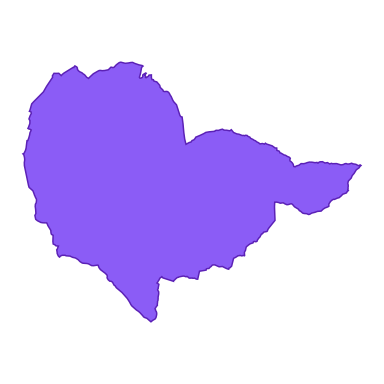 the district of Campani, Bihor, Romania
{"feature_id": "2599482B94404645511212", "entity_name": "Campani", "entity_type": "district", "adm_level": 2, "iso_a3": "ROU", "parent_name": "Romania", "parent_adm1": "Bihor", "projection": "albers", "projection_center": [22.559, 46.517], "detail": "fine", "context": "isolated", "style": "filled", "palette": "violet", "viewbox_px": 384, "rotation_deg": 0, "n_neighbors": 0, "source": "geoboundaries", "source_scale": "gbopen_adm2", "svg_char_len": 5908}
<svg xmlns="http://www.w3.org/2000/svg" viewBox="0 0 384 384"><path d="M150.9,321.8L151.5,321.5L152.3,320.6L155.2,318.9L156.0,317.5L156.5,315.5L156.7,314.2L156.7,313.0L156.3,311.5L155.6,310.6L155.6,309.9L155.0,308.8L155.2,308.2L155.6,307.9L156.2,306.8L157.4,305.3L157.3,304.2L157.5,302.7L157.5,301.4L157.9,300.7L158.1,298.9L158.1,297.1L158.7,294.0L158.7,291.8L157.6,289.9L157.6,289.6L158.2,288.5L158.2,287.8L158.9,284.3L157.0,283.0L157.7,282.1L158.4,280.8L158.8,280.4L159.8,278.3L160.7,277.5L161.2,277.3L161.8,276.7L162.9,277.9L173.5,281.3L173.5,280.8L174.7,279.9L175.5,279.0L177.3,277.5L178.4,277.3L179.1,276.9L182.9,276.1L184.0,276.1L186.1,276.8L186.8,276.4L187.3,276.5L188.9,277.9L189.5,278.1L190.1,278.2L190.8,278.0L191.5,278.1L192.2,278.0L192.9,278.3L194.4,278.1L196.4,279.1L197.7,279.2L199.5,271.2L205.1,270.3L206.2,270.0L206.2,269.2L206.5,268.9L207.1,268.6L208.9,268.5L210.3,267.0L211.1,266.5L212.2,265.2L213.0,264.9L214.9,264.9L219.1,266.8L222.4,266.5L226.0,268.3L227.7,269.0L228.7,269.2L228.8,268.3L229.9,267.8L231.6,266.2L233.6,258.3L235.7,257.3L238.1,255.7L239.1,255.7L239.9,255.4L241.9,255.9L243.3,255.4L244.3,255.8L244.6,255.6L244.4,252.9L244.5,252.1L245.5,250.3L246.0,247.8L246.3,246.9L247.6,245.7L248.0,245.5L248.5,244.9L249.1,244.6L250.2,243.8L253.0,242.9L253.5,241.7L254.2,241.4L255.4,241.7L256.0,241.7L257.0,241.3L257.6,239.7L258.6,238.5L258.8,238.0L259.6,237.4L260.2,236.5L260.4,236.0L261.5,234.0L262.4,233.8L263.2,232.8L263.3,232.5L263.8,232.1L266.8,231.5L267.4,231.0L267.8,229.6L268.2,229.0L268.6,228.5L268.7,228.2L275.0,220.4L274.5,206.9L274.7,202.2L276.6,202.1L278.9,202.6L280.2,203.2L283.2,202.8L285.0,203.9L286.9,204.7L288.1,204.6L291.2,203.7L292.4,204.3L294.5,206.8L298.3,209.1L299.5,210.8L300.3,211.0L302.1,212.6L302.9,213.2L304.2,213.5L306.7,213.7L308.6,214.5L309.7,214.3L311.7,213.1L315.0,212.3L317.4,211.4L321.1,211.1L323.1,209.2L324.9,208.0L327.8,206.9L328.9,206.2L328.8,204.6L329.1,203.5L330.0,202.4L330.2,201.8L331.8,200.3L333.4,199.3L334.5,199.4L337.4,198.1L339.1,197.7L341.0,196.1L342.8,194.2L346.3,193.0L346.7,192.6L346.9,192.0L347.5,191.2L348.0,190.9L348.4,190.3L347.8,189.7L348.1,188.5L348.0,187.6L348.2,186.6L348.2,185.0L347.8,183.3L348.4,181.0L351.2,178.1L352.2,175.6L354.1,173.4L356.3,169.8L359.1,167.8L360.0,166.4L361.0,165.5L360.1,164.9L359.1,165.5L358.3,165.6L355.9,164.3L352.8,163.8L351.7,163.2L349.1,164.0L347.3,164.0L346.0,163.5L344.4,163.9L343.4,164.5L341.0,164.9L336.6,163.6L332.4,163.7L331.5,163.3L329.6,163.9L327.5,162.6L325.0,163.0L322.5,161.7L320.1,161.8L319.2,162.1L318.2,163.0L317.5,163.0L317.0,162.4L315.1,162.7L312.2,162.2L309.4,162.1L307.3,162.6L305.1,163.4L303.5,163.7L301.1,163.6L299.0,165.2L296.3,166.0L295.1,166.8L293.8,166.5L293.1,164.1L292.2,162.8L290.9,161.5L290.0,160.9L289.8,160.0L290.3,158.3L289.4,157.3L286.9,156.2L285.6,155.3L284.2,155.0L280.8,153.0L280.0,152.9L279.3,151.3L278.8,151.0L276.9,150.4L276.7,148.0L275.2,148.0L272.1,145.8L266.5,144.0L265.4,143.2L264.5,144.1L262.4,143.5L260.0,143.9L258.5,142.7L256.8,141.9L255.5,140.8L254.0,140.2L252.9,139.4L250.6,138.3L249.8,137.1L248.2,136.5L247.0,135.4L245.4,135.3L244.7,135.7L243.5,135.4L242.8,135.5L242.0,135.4L239.0,134.2L236.8,133.9L233.6,132.5L231.3,129.7L229.8,130.8L226.5,130.2L224.7,130.2L223.6,129.9L222.5,129.2L221.0,129.5L218.4,130.4L216.3,130.3L215.3,130.6L214.7,131.3L209.3,131.8L205.8,132.4L204.0,133.5L200.0,135.4L195.7,137.2L195.2,138.3L193.8,139.9L192.1,140.5L190.9,142.1L189.2,142.5L186.0,144.3L184.7,139.1L183.8,132.5L183.0,123.7L182.1,117.0L181.1,116.8L180.4,116.1L179.9,115.4L176.5,104.8L173.7,101.7L172.8,100.2L171.2,96.6L169.8,94.4L169.4,93.4L168.4,92.2L167.5,91.6L166.3,91.4L164.7,91.6L163.4,91.3L162.9,90.0L160.1,87.3L160.1,86.7L159.7,85.3L156.8,81.9L154.0,81.1L153.4,79.7L152.0,79.6L151.4,77.6L151.4,74.9L149.0,75.1L148.2,76.4L146.1,77.7L145.5,77.5L145.7,76.5L145.3,75.7L144.8,75.4L145.0,74.9L146.2,73.3L145.7,73.0L143.5,74.3L142.7,75.1L142.8,76.3L142.3,77.5L140.5,78.2L139.9,78.1L139.4,77.3L140.5,73.4L141.6,67.4L143.0,66.1L142.1,65.5L139.1,64.9L134.7,63.4L132.6,62.4L130.8,62.5L128.3,63.0L125.2,63.3L120.9,62.2L120.1,62.3L118.9,62.8L116.3,64.8L114.0,67.3L112.9,67.6L111.5,67.2L110.9,67.2L108.6,69.5L108.2,69.8L104.8,70.5L102.4,70.7L100.1,70.4L99.0,70.6L97.6,71.3L93.3,73.8L89.0,77.8L88.6,78.4L86.7,77.3L85.0,75.2L84.1,74.4L83.4,74.1L82.7,73.4L81.8,72.7L79.6,71.7L78.2,70.5L77.3,69.0L77.4,68.8L77.4,68.1L76.8,67.0L74.9,65.9L74.1,66.9L73.8,67.5L73.3,67.3L63.9,73.1L62.3,74.4L61.2,75.6L58.8,73.3L56.0,73.4L54.0,73.3L52.4,75.8L52.6,77.3L46.6,86.3L43.4,91.9L33.5,101.9L31.7,103.9L30.0,110.0L29.4,111.3L31.0,111.9L31.3,113.4L30.1,115.8L29.0,118.8L29.2,119.6L29.9,120.3L29.9,123.2L29.7,124.0L28.4,127.5L27.9,128.4L28.6,128.9L30.1,129.3L31.2,130.0L30.8,131.0L30.0,132.7L29.6,135.0L28.8,137.9L28.2,139.5L27.7,140.7L27.0,140.7L26.5,144.6L26.1,148.1L25.4,150.6L23.8,153.7L23.0,153.9L23.9,155.0L24.5,157.6L24.7,159.3L24.6,160.7L24.3,162.5L24.4,165.7L28.5,185.4L29.1,187.4L32.9,190.8L34.0,193.6L34.5,195.2L35.2,196.6L35.5,197.5L36.4,199.0L36.5,200.5L36.2,202.8L35.4,204.2L35.2,206.4L35.6,209.2L35.9,213.4L34.9,215.5L35.7,219.3L37.4,220.7L40.9,222.5L43.0,222.8L46.7,222.9L47.4,224.3L47.9,225.6L50.8,230.4L51.0,233.0L51.5,234.4L53.1,235.3L52.9,241.5L53.2,244.0L54.9,244.8L55.9,245.8L58.4,246.1L57.1,249.5L56.7,249.8L57.1,252.1L57.2,253.5L58.2,255.8L59.0,256.7L59.6,257.1L60.4,256.1L62.1,255.3L65.2,255.3L66.0,255.8L70.0,256.1L72.5,257.3L75.5,258.0L78.2,259.7L80.0,261.6L82.0,262.9L82.9,263.2L86.8,263.5L88.4,263.8L91.6,265.6L93.6,265.7L97.5,265.1L98.2,265.3L98.6,266.7L99.1,267.8L100.4,269.6L105.4,273.4L107.1,275.2L107.3,276.5L107.1,277.4L107.1,277.9L108.2,279.8L109.8,281.2L110.7,281.2L111.4,281.4L112.2,282.0L112.6,282.4L114.1,285.2L115.1,285.8L116.3,287.7L122.0,292.5L127.3,298.5L129.6,302.1L130.9,304.6L131.8,305.9L136.4,310.0L138.4,311.3L139.9,312.6L142.9,315.9L143.5,316.8L144.6,317.5L146.9,318.3L150.9,321.8Z" fill="#8b5cf6" stroke="#5b21b6" stroke-width="1.5"/></svg>